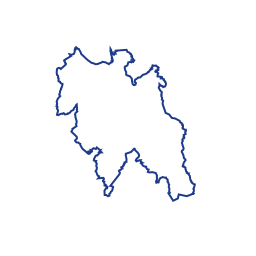 Huauchinango, Puebla, Mexico (Albers equal-area conic projection), rotated 132°
{"feature_id": "50627088B14545810389102", "entity_name": "Huauchinango", "entity_type": "district", "adm_level": 2, "iso_a3": "MEX", "parent_name": "Mexico", "parent_adm1": "Puebla", "projection": "albers", "projection_center": [-98.05, 20.178], "detail": "fine", "context": "isolated", "style": "outline", "palette": "blue", "viewbox_px": 256, "rotation_deg": 132, "n_neighbors": 0, "source": "geoboundaries", "source_scale": "gbopen_adm2", "svg_char_len": 5813}
<svg xmlns="http://www.w3.org/2000/svg" viewBox="0 0 256 256"><g transform="rotate(132 128 128)"><path d="M70.9,181.4L76.9,187.1L77.8,187.6L77.6,187.8L78.8,188.9L79.3,188.3L80.5,188.4L81.0,187.2L81.4,187.9L82.7,187.3L83.1,187.7L83.1,189.4L82.3,190.0L82.7,190.2L82.9,191.1L81.4,192.6L81.0,193.8L83.0,192.1L83.0,191.2L84.1,190.5L86.6,186.5L87.1,186.7L88.3,184.9L87.9,184.6L88.5,184.1L89.3,184.7L89.4,184.0L89.8,184.0L89.8,184.4L91.7,184.6L92.5,185.1L93.3,184.9L94.2,188.5L95.8,191.2L97.6,191.7L99.1,192.7L99.9,192.8L102.2,194.6L103.1,197.2L103.9,198.5L104.5,203.2L104.3,212.4L103.4,213.8L102.2,217.5L103.0,218.6L102.6,219.7L102.8,220.5L103.9,219.9L104.3,220.5L105.2,219.5L105.6,219.9L107.5,218.3L109.2,217.8L111.5,219.1L112.3,220.7L112.7,219.6L112.7,218.5L120.0,220.7L120.3,220.2L120.9,220.3L121.2,218.6L121.7,218.3L121.7,217.2L122.3,216.7L129.1,217.4L129.0,218.4L129.6,219.6L130.8,220.2L131.8,220.2L134.4,218.2L136.1,216.3L135.9,215.3L136.7,214.1L137.5,213.7L137.6,212.7L139.6,211.2L139.7,210.6L139.1,209.5L139.7,208.3L139.1,206.0L142.4,204.3L143.5,204.3L143.9,203.7L145.7,203.3L147.7,202.0L149.2,201.5L149.6,199.7L153.1,199.8L156.2,198.6L157.2,197.1L158.4,196.5L158.4,196.1L159.8,195.6L159.6,194.4L161.2,193.8L161.3,192.7L161.9,191.6L165.7,189.6L165.1,188.4L162.8,187.6L161.4,186.6L161.2,186.0L160.0,185.7L160.1,183.9L158.3,182.5L157.5,182.5L157.3,182.0L155.1,181.4L153.5,181.6L151.0,180.7L149.4,181.4L147.3,181.3L145.9,181.9L144.9,181.8L148.0,178.5L148.8,178.3L149.6,176.7L151.5,177.1L153.5,176.4L153.8,175.6L155.2,174.2L157.3,170.7L159.0,169.4L159.9,169.3L161.1,167.5L165.8,168.7L166.0,168.3L168.6,167.6L168.8,160.3L170.0,158.9L172.7,159.0L173.2,157.7L173.0,156.2L172.0,155.3L172.1,154.1L171.7,152.9L172.6,152.0L173.7,148.8L173.9,147.3L173.7,142.3L173.1,142.0L173.3,141.2L173.8,141.0L173.3,139.3L173.2,140.7L172.6,141.1L172.7,140.2L172.3,140.4L172.1,140.0L172.7,139.5L172.5,139.3L171.8,139.5L171.3,139.4L171.8,140.0L171.3,140.9L170.6,139.9L169.9,140.2L170.1,140.6L169.5,141.2L169.2,140.3L169.6,139.6L169.3,139.4L168.9,140.0L167.5,140.4L166.4,140.0L165.4,140.3L166.0,139.7L165.1,137.8L163.4,138.2L163.1,134.0L163.7,134.1L163.1,133.7L165.3,133.5L163.7,132.8L163.7,132.4L164.6,132.7L163.9,131.7L163.9,131.3L165.8,132.9L166.5,132.4L169.1,132.5L169.4,133.1L170.3,133.4L173.5,132.6L174.9,131.8L174.8,131.1L173.8,129.6L174.9,129.2L175.3,127.4L177.4,126.3L178.1,124.8L179.8,123.5L181.8,123.2L181.9,122.2L183.7,118.7L183.2,117.1L184.1,116.4L185.3,116.4L181.7,113.2L181.6,112.4L181.9,111.8L184.1,111.3L184.3,110.8L183.8,109.8L184.4,109.7L185.5,107.4L186.2,107.3L186.4,107.0L185.3,106.3L185.8,105.8L186.1,104.8L185.5,104.6L185.5,104.1L186.2,104.2L186.4,103.3L186.7,103.2L187.1,103.8L187.8,104.0L190.4,103.5L193.4,100.5L192.4,99.4L192.1,97.3L190.7,96.5L189.4,97.8L188.3,97.5L186.9,98.1L186.0,97.8L184.5,98.1L183.2,99.0L181.9,99.4L181.7,100.0L182.8,102.4L168.2,103.4L166.6,104.1L166.0,106.0L165.2,106.1L163.9,105.4L162.7,105.4L161.8,105.0L161.3,105.8L161.8,106.4L161.7,106.7L160.0,106.1L157.4,107.0L157.8,106.4L155.4,107.0L154.1,107.1L154.0,106.7L152.0,108.4L149.9,111.3L148.6,112.4L143.8,109.7L139.2,109.6L139.0,109.1L139.7,107.9L139.8,104.4L140.4,102.0L141.4,101.1L142.6,100.7L145.0,101.0L146.8,100.6L147.1,99.8L147.1,99.4L144.3,97.9L143.5,97.1L144.2,97.0L144.2,95.1L145.2,96.0L144.4,94.1L145.5,94.6L145.5,93.5L146.0,92.0L145.5,89.8L144.6,88.6L145.4,87.7L145.8,86.5L145.1,84.9L147.4,83.8L146.4,82.0L144.6,80.5L142.9,77.2L144.0,74.6L145.5,73.5L146.0,72.5L149.1,71.3L149.7,70.3L148.2,69.5L148.0,68.9L147.6,69.0L147.4,69.9L146.6,69.8L143.4,70.5L142.3,69.7L141.3,69.5L140.4,67.6L139.4,66.5L139.9,65.8L139.8,64.0L141.5,62.6L141.3,61.9L142.4,60.5L142.5,59.5L144.6,58.3L145.3,56.7L147.7,54.9L148.1,53.6L149.4,54.3L151.8,45.8L147.1,43.8L143.4,45.8L139.4,38.8L135.6,36.7L134.2,36.3L133.5,35.4L132.7,35.3L132.6,36.3L130.9,36.8L129.5,38.0L129.5,38.7L127.7,39.2L125.2,40.6L125.6,41.4L126.0,43.3L125.5,43.9L125.8,44.6L125.5,45.4L124.9,45.8L124.8,47.0L122.3,50.0L121.8,52.4L121.1,52.5L122.0,54.2L121.3,54.8L121.4,55.7L120.5,56.8L120.3,57.5L119.0,58.8L119.3,59.8L119.0,60.3L119.9,61.2L119.8,61.8L116.2,63.4L113.4,63.7L112.9,64.4L113.0,66.1L111.0,68.9L109.7,72.1L108.8,72.7L107.4,72.4L106.0,72.9L103.0,78.0L100.8,78.7L100.6,79.6L100.1,79.9L98.8,80.1L98.3,79.5L97.2,79.9L97.1,81.0L96.1,81.3L95.9,81.9L93.7,81.2L93.1,82.5L92.5,83.0L91.3,83.0L90.6,83.9L91.3,84.7L91.8,87.1L91.3,87.7L90.5,87.7L89.2,89.0L89.5,89.7L88.8,90.0L88.8,91.1L88.4,91.6L88.9,93.0L88.1,94.4L89.4,99.4L91.2,102.2L90.4,106.4L91.6,110.1L87.4,117.7L86.2,119.1L84.2,120.1L84.2,121.9L82.9,122.6L81.9,124.8L81.2,124.9L80.7,125.4L80.7,125.8L78.8,126.7L78.5,129.4L77.5,132.1L75.8,132.9L75.5,132.7L74.3,133.9L74.4,131.4L73.8,130.5L74.1,130.2L74.1,129.3L72.2,128.2L69.8,129.2L68.9,130.6L69.0,131.4L68.5,131.7L68.6,133.5L67.8,133.9L68.1,134.4L68.1,136.2L69.1,136.5L69.3,136.8L68.8,137.1L67.6,136.7L67.4,137.0L69.9,140.6L68.4,141.7L67.1,142.1L67.1,144.1L67.9,145.0L67.8,145.4L67.1,145.4L66.7,145.8L65.9,145.2L65.7,144.6L64.7,144.2L64.2,144.6L64.3,145.3L63.9,145.7L62.7,145.6L62.6,147.0L63.0,147.9L62.9,149.1L63.7,149.5L64.6,150.9L65.3,150.9L65.3,151.5L67.2,150.6L67.5,150.3L67.3,150.1L67.6,149.6L68.4,150.0L68.6,150.5L69.0,149.9L70.0,150.5L71.3,150.2L72.8,150.5L72.8,150.2L75.8,150.9L78.7,152.6L81.8,152.7L82.6,153.0L83.6,154.2L85.0,154.3L87.2,155.0L88.8,154.3L89.4,153.4L89.2,152.3L90.6,151.5L91.7,151.8L92.3,152.7L92.2,153.9L90.3,156.6L89.0,157.9L88.6,158.9L88.3,161.3L89.7,164.4L89.4,165.3L87.7,166.7L86.6,169.4L84.9,171.2L84.1,171.3L83.1,170.6L81.7,170.4L79.1,171.7L77.8,170.8L76.9,169.6L76.5,169.9L76.6,169.6L76.3,169.6L76.1,169.9L75.4,168.3L73.5,168.7L73.7,169.5L73.4,170.3L74.0,170.4L74.0,170.8L73.4,171.1L73.3,171.6L72.3,172.6L72.6,173.2L71.8,173.3L71.7,174.2L71.0,175.1L71.5,175.6L71.0,177.4L71.8,179.4L70.9,181.4Z" fill="none" stroke="#1e3a8a" stroke-width="2"/></g></svg>